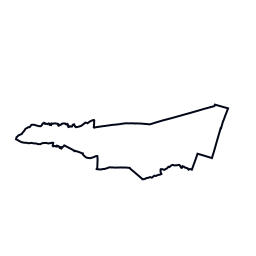 outline of Fantanele, Prahova, Romania, rotated 305°
{"feature_id": "2599482B12219872135707", "entity_name": "Fantanele", "entity_type": "district", "adm_level": 2, "iso_a3": "ROU", "parent_name": "Romania", "parent_adm1": "Prahova", "projection": "robinson", "projection_center": [26.36, 45.022], "detail": "fine", "context": "isolated", "style": "outline", "palette": "ink", "viewbox_px": 256, "rotation_deg": 305, "n_neighbors": 0, "source": "geoboundaries", "source_scale": "gbopen_adm2", "svg_char_len": 5294}
<svg xmlns="http://www.w3.org/2000/svg" viewBox="0 0 256 256"><g transform="rotate(305 128 128)"><path d="M181.1,204.4L188.0,202.0L188.9,201.9L189.4,201.8L195.3,200.2L196.4,200.0L201.5,198.7L197.0,185.8L195.5,186.2L186.6,178.8L181.8,175.0L177.9,171.8L177.7,171.6L177.2,171.3L173.6,168.3L164.8,161.1L164.1,160.5L161.5,158.4L154.7,152.6L148.3,147.5L143.6,143.9L138.9,135.8L138.3,134.9L136.4,132.0L135.7,131.1L135.5,130.9L135.5,130.7L135.4,130.6L135.2,130.3L134.7,129.4L134.3,128.9L133.6,127.7L132.4,126.3L131.8,125.2L131.1,124.3L130.7,123.6L128.2,120.8L127.1,119.7L126.5,119.1L124.1,116.4L121.4,113.2L116.7,108.2L115.8,107.2L115.1,106.4L109.6,100.6L109.1,100.4L108.9,100.1L108.9,99.6L111.9,97.9L114.0,96.5L114.7,96.1L115.0,95.7L114.8,95.3L114.6,95.0L114.4,94.8L113.6,94.3L112.8,93.8L111.6,93.1L108.7,92.1L108.6,91.5L108.3,90.6L108.0,90.0L107.9,89.9L107.3,89.9L107.0,89.9L106.7,89.7L106.0,89.3L104.3,89.0L103.8,88.7L103.0,88.4L102.9,88.4L102.5,88.2L101.6,87.4L101.0,87.0L100.2,86.3L99.1,85.2L99.0,84.9L98.8,84.8L98.9,83.8L98.9,83.7L99.4,83.2L99.5,83.0L99.5,82.9L99.3,82.3L99.3,82.1L99.5,81.9L99.9,81.7L99.7,81.5L99.5,81.4L99.5,81.2L98.9,81.0L98.7,81.0L98.1,81.0L97.7,81.1L97.2,81.3L96.9,81.2L96.5,80.5L96.2,79.6L95.7,79.5L95.5,79.0L94.9,79.0L94.8,78.9L95.0,78.6L95.3,78.5L95.5,78.4L95.6,78.2L95.3,78.2L95.0,78.0L95.2,77.8L95.4,77.9L95.4,77.7L95.6,77.7L95.7,77.4L95.7,77.2L96.0,76.9L96.5,76.4L96.5,75.8L96.3,75.8L96.0,75.7L95.7,75.7L95.4,75.2L95.4,74.3L95.5,74.0L95.6,73.8L95.3,73.3L94.9,72.9L94.7,72.5L94.4,72.1L93.9,71.8L93.5,71.4L93.1,71.3L92.8,71.4L92.7,71.4L92.3,71.1L92.1,71.0L91.6,70.6L90.9,70.5L90.5,70.0L90.1,69.9L90.0,69.6L90.2,69.2L90.5,69.0L91.2,68.6L91.1,68.0L90.9,67.6L90.5,66.9L90.3,66.2L90.1,65.9L89.2,64.7L88.2,63.8L88.1,63.5L87.8,62.7L86.3,63.3L85.7,62.2L86.3,61.9L86.3,60.6L85.9,60.6L85.5,60.1L85.1,59.9L85.1,59.5L84.7,58.8L84.3,58.4L83.9,57.8L84.3,57.5L84.3,57.4L84.3,57.2L84.1,56.9L84.1,56.7L83.9,56.8L83.4,56.0L83.0,55.7L82.7,55.6L82.2,55.6L81.4,55.7L80.3,55.7L79.9,55.7L79.5,55.5L79.1,55.2L78.9,54.9L78.7,54.4L78.3,53.6L77.5,51.6L77.2,50.5L77.0,49.6L76.4,48.8L76.1,48.2L75.6,47.4L75.1,47.2L74.6,47.0L73.8,47.0L72.8,47.0L72.3,46.9L72.0,46.7L71.7,46.1L71.5,45.9L70.7,45.5L69.6,45.1L69.0,44.7L68.4,44.5L67.6,44.5L66.7,44.6L66.0,44.6L63.7,44.3L62.4,44.5L62.2,44.4L61.1,43.7L60.3,43.3L60.2,43.2L59.8,42.9L59.5,42.7L58.9,42.5L57.7,42.3L56.6,42.0L55.8,42.2L54.5,42.8L54.8,44.0L54.9,45.8L55.2,48.1L55.3,48.9L55.5,49.3L56.3,51.2L57.2,52.7L57.7,53.4L58.0,54.0L58.2,54.8L58.4,55.1L58.7,55.6L59.3,56.2L60.1,57.1L60.4,57.5L60.6,57.9L61.0,58.8L61.9,60.6L62.7,61.7L63.0,62.9L63.2,63.5L64.1,64.9L64.6,65.6L65.2,65.8L65.7,66.1L66.5,66.6L67.1,67.3L68.4,68.9L68.8,69.6L69.0,69.8L69.5,71.3L69.8,71.8L70.2,72.2L72.5,74.4L72.8,74.9L72.9,75.2L72.6,75.3L72.2,75.6L70.6,76.3L70.3,76.5L70.6,77.4L71.0,78.0L70.8,78.0L71.4,78.7L71.6,79.0L71.5,79.4L71.8,79.9L71.9,80.2L72.7,79.9L72.9,80.4L73.1,80.9L73.2,81.2L73.0,81.3L73.1,81.5L73.1,82.1L72.9,82.6L72.7,83.1L73.1,83.2L73.0,83.4L72.8,83.8L72.8,84.1L73.8,84.2L73.7,84.7L73.4,84.8L73.1,84.7L73.1,85.3L73.6,85.3L74.3,85.1L74.8,85.1L75.0,85.2L75.6,85.7L75.8,85.7L77.2,85.8L78.5,95.6L78.4,96.0L78.3,96.5L78.4,97.0L78.5,97.6L79.0,97.6L79.1,98.3L79.6,99.7L80.0,101.1L80.4,102.4L80.7,104.1L80.9,104.8L81.1,105.1L81.3,105.5L80.9,105.7L80.5,106.1L80.4,106.3L80.1,107.8L79.9,109.3L79.9,110.6L80.0,111.2L80.2,111.6L80.3,112.0L80.6,112.5L81.7,114.5L81.8,114.6L82.1,114.9L83.1,115.5L84.8,116.9L86.3,117.6L87.4,118.9L86.8,119.6L84.1,121.6L83.3,122.1L82.0,122.9L81.3,123.4L78.3,125.3L77.1,126.0L76.9,126.0L76.5,125.8L76.4,125.8L76.4,126.1L77.5,128.0L78.5,129.6L78.8,129.9L79.3,130.4L80.3,131.3L80.5,131.5L80.8,132.1L81.0,132.3L81.7,132.8L82.2,133.2L82.5,133.4L83.1,134.0L84.8,135.0L85.1,135.3L85.3,135.6L85.4,135.9L85.7,136.2L86.1,137.0L86.5,137.4L88.5,140.7L89.7,142.2L91.7,145.0L92.3,145.9L92.6,146.4L94.5,149.1L95.5,150.9L96.3,152.3L96.1,152.5L95.9,153.7L95.8,154.8L95.6,157.4L95.0,163.5L94.7,166.6L94.5,168.7L94.3,169.1L94.6,169.5L95.0,170.2L95.7,170.8L96.2,171.1L96.8,171.5L97.6,171.8L98.2,172.4L98.9,173.3L99.9,173.8L100.3,174.1L100.5,174.5L100.7,174.8L100.8,175.4L100.9,175.8L101.2,176.1L101.6,176.3L103.2,176.6L104.1,177.1L104.3,177.2L104.5,178.1L104.8,178.4L105.3,178.7L105.7,178.9L106.9,179.7L108.0,180.8L109.3,181.7L109.5,181.8L109.7,181.6L109.8,181.3L109.9,181.0L110.4,180.3L111.0,179.6L112.7,178.5L112.9,178.4L113.0,178.4L113.1,178.5L113.5,179.3L113.9,179.7L114.1,180.0L114.3,181.1L114.4,181.4L114.7,181.9L115.1,182.1L115.7,182.2L116.6,182.8L117.1,183.0L118.5,183.3L119.3,183.3L119.6,183.5L119.8,184.2L119.8,184.3L120.2,184.5L121.3,184.7L121.8,184.8L122.9,185.3L123.3,185.7L123.5,186.0L123.6,186.6L123.7,186.9L124.1,187.6L125.0,188.8L125.7,189.6L126.8,190.7L127.1,191.0L127.1,191.5L127.1,192.0L126.8,192.4L126.7,192.7L126.2,193.8L126.0,194.4L126.0,194.7L126.1,194.9L126.3,195.0L126.7,194.9L127.8,194.5L128.0,194.5L128.0,195.3L128.0,195.5L128.4,196.0L128.2,196.7L128.2,196.9L128.2,197.2L128.6,197.8L128.7,198.1L128.7,198.9L129.2,199.8L129.1,200.1L128.9,200.7L128.6,201.2L128.6,201.3L128.6,201.5L129.3,201.7L129.5,201.8L129.6,202.1L130.2,202.8L130.3,203.1L130.3,203.7L130.4,203.9L130.5,204.2L140.6,201.5L146.8,199.7L149.1,206.5L151.5,214.0L160.1,211.2L167.2,208.7L175.4,205.9L181.0,204.0L181.1,204.4Z" fill="none" stroke="#020617" stroke-width="2"/></g></svg>